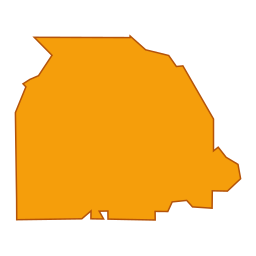 the district of Gilmer, Georgia, United States of America
{"feature_id": "52423323B63727267020347", "entity_name": "Gilmer", "entity_type": "district", "adm_level": 2, "iso_a3": "USA", "parent_name": "United States of America", "parent_adm1": "Georgia", "projection": "mercator", "projection_center": [-84.424, 34.703], "detail": "fine", "context": "isolated", "style": "filled", "palette": "amber", "viewbox_px": 256, "rotation_deg": 0, "n_neighbors": 0, "source": "geoboundaries", "source_scale": "gbopen_adm2", "svg_char_len": 573}
<svg xmlns="http://www.w3.org/2000/svg" viewBox="0 0 256 256"><path d="M34.2,37.3L52.0,55.3L38.5,75.7L29.9,79.4L23.0,83.8L25.9,86.9L15.4,112.6L16.6,199.3L16.7,219.7L81.8,218.8L91.0,210.9L90.9,218.8L103.6,219.0L99.2,211.2L107.9,211.0L108.0,219.1L123.0,219.4L155.2,220.0L155.1,211.4L167.8,211.5L172.2,201.9L186.7,200.4L192.5,206.9L212.1,208.2L212.3,190.8L227.4,191.1L240.6,178.7L238.0,164.4L226.1,157.3L218.2,147.2L213.5,150.9L213.5,119.0L182.9,65.9L176.4,66.5L168.7,55.5L145.6,49.8L130.1,36.0L130.0,37.6L34.2,37.3Z" fill="#f59e0b" stroke="#b45309" stroke-width="1.5"/></svg>